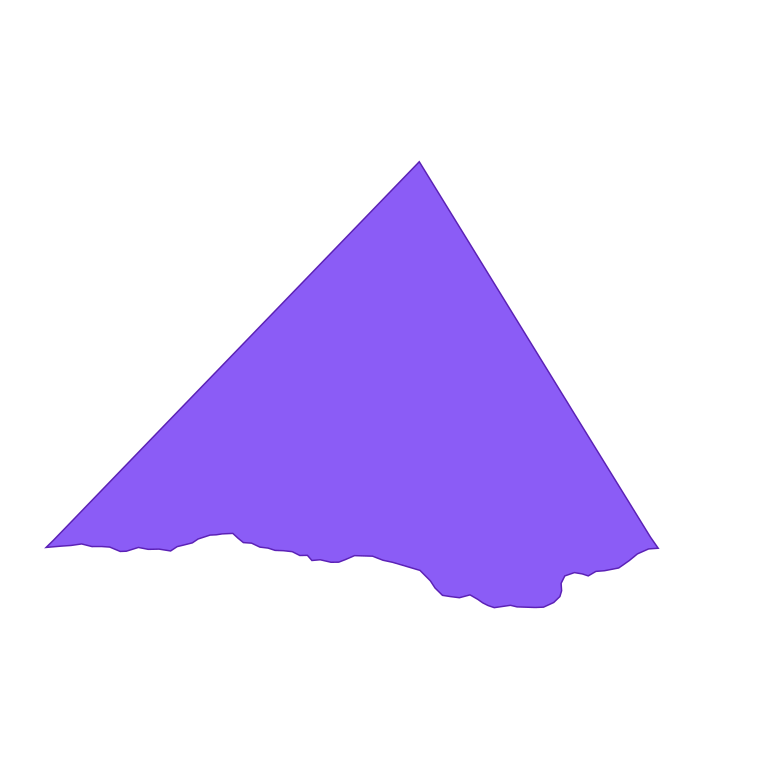 outline of Afonso Cunha, Maranhão, Brazil, rotated 101°
{"feature_id": "56859067B15383644969550", "entity_name": "Afonso Cunha", "entity_type": "district", "adm_level": 2, "iso_a3": "BRA", "parent_name": "Brazil", "parent_adm1": "Maranhão", "projection": "albers", "projection_center": [-43.24, -4.219], "detail": "fine", "context": "isolated", "style": "filled", "palette": "violet", "viewbox_px": 768, "rotation_deg": 101, "n_neighbors": 0, "source": "geoboundaries", "source_scale": "gbopen_adm2", "svg_char_len": 1128}
<svg xmlns="http://www.w3.org/2000/svg" viewBox="0 0 768 768"><g transform="rotate(101 384 384)"><path d="M608.9,684.5L606.9,677.5L604.7,669.8L602.2,660.4L598.7,650.3L599.3,639.7L597.4,630.1L596.4,622.1L598.7,611.0L597.3,605.0L591.3,593.9L591.3,583.9L589.0,573.3L588.6,561.6L583.1,556.0L580.4,550.1L576.5,541.8L571.6,536.9L565.5,525.9L564.0,519.8L562.0,514.2L559.5,503.9L563.2,497.9L566.5,491.8L565.5,483.6L567.8,474.7L567.2,466.5L568.1,459.2L566.8,450.8L566.1,442.1L568.4,433.9L566.8,426.5L571.0,421.1L568.7,413.1L569.1,402.0L567.5,394.4L563.8,388.5L558.1,380.2L555.2,362.4L557.2,351.4L557.4,341.5L560.1,313.1L568.4,300.9L574.5,295.0L580.3,286.3L580.0,278.3L579.4,269.2L574.6,259.3L577.5,250.9L580.0,245.3L581.6,239.6L582.5,233.1L577.1,217.6L577.4,210.9L574.5,192.8L572.6,184.8L566.1,175.7L559.1,170.8L553.1,170.2L545.9,172.1L537.9,169.9L532.8,161.1L532.6,153.1L533.4,146.9L527.5,140.2L525.2,131.9L519.8,118.5L510.6,109.6L502.4,102.8L495.4,92.8L492.9,83.5L483.5,93.2L372.0,196.0L367.7,199.9L359.7,207.3L216.9,338.6L159.1,391.8L463.0,589.4L600.5,678.7L608.9,684.5Z" fill="#8b5cf6" stroke="#5b21b6" stroke-width="1.5"/></g></svg>